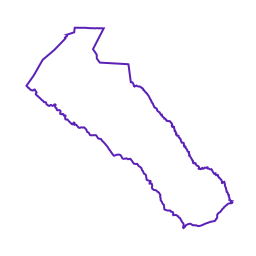 outline of Yatta, Eastern, Kenya, rotated 355°
{"feature_id": "3690345B64365899844795", "entity_name": "Yatta", "entity_type": "district", "adm_level": 2, "iso_a3": "KEN", "parent_name": "Kenya", "parent_adm1": "Eastern", "projection": "orthographic", "projection_center": [37.614, -1.242], "detail": "fine", "context": "isolated", "style": "outline", "palette": "violet", "viewbox_px": 256, "rotation_deg": 355, "n_neighbors": 0, "source": "geoboundaries", "source_scale": "gbopen_adm2", "svg_char_len": 5913}
<svg xmlns="http://www.w3.org/2000/svg" viewBox="0 0 256 256"><g transform="rotate(355 128 128)"><path d="M38.7,67.4L30.6,77.0L30.6,77.4L31.6,78.4L31.9,79.1L32.7,79.5L33.8,81.0L34.9,81.9L35.3,81.9L36.5,82.4L38.1,81.5L38.6,81.7L39.1,83.0L39.6,83.8L40.0,84.9L39.3,85.5L39.1,86.0L39.2,86.5L40.0,87.7L40.8,88.2L42.0,89.7L43.3,91.0L44.2,92.2L45.2,93.2L45.9,93.7L46.2,94.4L46.5,94.8L46.8,95.0L48.2,95.1L48.5,95.4L49.0,97.5L49.9,98.0L50.6,98.8L51.4,99.1L51.9,99.1L52.7,98.4L53.2,98.3L53.5,98.4L54.2,99.1L54.9,99.4L55.4,99.3L56.8,98.1L57.6,98.2L57.9,98.5L57.9,98.8L57.3,99.8L57.4,101.0L57.6,101.5L58.6,102.2L58.5,103.2L58.8,103.9L59.5,104.3L61.1,104.1L61.7,104.5L62.2,105.2L62.3,105.7L62.2,106.2L61.6,107.4L61.9,108.1L62.7,108.5L64.2,108.3L64.7,108.5L65.0,108.9L65.0,109.7L65.2,110.1L66.5,110.0L66.8,110.2L66.8,111.0L66.4,111.4L66.2,112.7L66.3,113.6L66.9,114.2L68.0,114.1L68.7,114.6L69.4,115.7L72.4,119.3L72.9,119.5L73.4,119.3L73.9,118.9L73.9,118.4L74.2,118.0L74.8,117.9L75.1,118.3L75.1,118.8L74.8,119.8L74.9,120.2L75.3,120.2L76.1,120.0L76.5,120.1L76.8,120.3L77.8,121.9L79.1,123.5L80.3,123.6L81.4,123.2L83.0,123.7L84.2,123.5L84.6,123.7L86.4,126.2L86.9,128.2L88.5,129.3L89.5,131.6L90.1,132.0L95.0,132.3L95.4,132.4L95.8,132.8L97.3,135.7L97.8,136.0L99.6,136.5L100.4,136.9L100.8,138.0L103.0,140.7L106.1,145.1L107.2,147.5L108.5,149.4L109.4,151.2L111.4,154.3L112.1,154.4L114.0,153.7L116.5,153.7L117.4,153.9L117.8,154.1L118.6,154.9L119.5,157.2L119.7,157.6L120.4,158.2L120.9,158.3L122.3,158.3L123.9,158.1L125.3,159.1L127.6,158.9L128.0,159.2L128.3,160.0L129.1,161.1L130.0,162.8L130.7,163.9L131.8,164.4L134.2,164.6L135.3,166.8L136.7,167.8L137.9,169.2L138.3,171.3L139.3,172.5L139.6,174.1L140.0,174.9L140.9,175.4L141.7,176.5L141.9,177.1L141.8,178.1L142.1,179.5L141.9,180.7L142.2,181.3L143.9,182.2L145.7,182.7L145.9,183.1L144.8,184.5L144.6,184.9L144.6,185.3L144.9,185.4L146.1,185.3L146.6,185.4L146.9,185.8L147.1,187.9L146.7,189.0L146.7,189.9L147.0,190.6L148.2,191.9L149.4,192.1L151.0,192.9L151.7,194.0L152.7,194.6L153.3,195.2L153.8,196.6L154.4,197.3L154.4,198.0L154.0,198.9L154.0,199.4L154.4,200.6L154.2,202.6L155.2,204.4L155.9,206.5L156.9,207.5L157.1,208.0L157.1,212.1L157.4,212.4L160.0,213.6L161.3,213.8L162.6,213.8L162.9,213.9L163.2,214.2L163.3,214.8L163.6,215.2L164.8,215.4L165.2,215.6L165.5,216.1L165.7,217.4L165.3,218.3L165.5,218.8L168.0,218.8L168.8,219.1L169.5,219.9L170.2,220.3L170.8,221.5L171.9,222.2L172.2,222.6L172.5,223.9L173.0,224.5L173.2,225.3L173.9,226.7L174.8,227.8L175.0,229.6L174.2,231.7L174.2,232.1L174.6,232.5L175.9,231.6L177.2,229.9L179.5,229.0L181.4,228.8L181.9,228.8L184.2,230.6L185.5,230.5L186.2,230.9L187.6,230.9L188.9,231.7L189.9,231.9L192.2,231.6L197.8,229.7L199.0,229.5L201.7,228.7L205.4,228.3L206.8,227.9L207.8,226.3L208.3,226.2L209.1,224.7L209.2,222.9L209.4,222.1L209.7,221.6L210.8,220.6L212.9,219.4L215.0,216.9L216.2,216.2L216.6,215.4L221.0,212.3L221.7,212.0L224.4,211.9L225.2,211.7L225.4,211.4L224.3,210.9L224.1,210.5L224.3,210.1L224.9,209.8L223.8,209.5L223.6,208.7L222.7,208.4L223.0,207.5L222.9,207.0L223.0,206.6L222.3,204.5L222.7,204.0L222.7,203.5L221.7,202.5L221.6,202.1L221.7,201.0L220.6,200.1L220.6,199.8L220.9,199.4L220.2,196.8L220.4,196.4L220.3,196.0L220.0,195.4L219.5,193.8L219.7,192.6L219.3,191.0L219.4,190.3L219.2,190.0L217.9,190.3L217.2,191.1L216.8,190.9L216.8,190.1L217.1,189.5L216.4,188.1L216.4,187.6L215.7,187.0L214.6,185.3L214.1,185.3L213.2,183.2L213.5,183.0L213.3,182.5L212.9,182.4L211.6,182.6L211.4,181.8L211.0,181.6L210.9,181.3L211.0,180.8L210.6,180.9L210.1,181.3L209.8,181.1L208.7,179.2L208.4,178.1L207.5,176.3L206.6,176.5L205.6,176.0L204.5,175.1L204.2,175.0L203.6,175.2L203.3,174.8L203.4,174.2L202.6,174.4L201.1,174.2L200.8,174.4L200.5,174.8L199.4,175.1L199.0,174.5L198.7,174.2L198.2,174.4L198.0,175.0L196.8,175.3L196.4,175.3L196.2,174.9L195.9,174.8L194.9,174.8L194.8,174.4L195.4,173.6L195.2,172.9L194.7,172.1L192.9,171.2L192.7,170.3L192.0,169.5L192.1,169.0L191.4,168.8L191.0,168.5L190.5,168.9L190.2,168.9L189.9,168.6L189.6,167.5L189.9,166.4L189.4,165.6L189.0,165.4L188.8,164.5L187.2,161.3L186.4,160.8L186.5,160.4L187.0,159.8L186.4,158.7L186.8,157.3L185.8,156.9L185.4,156.7L185.0,155.0L184.5,153.9L184.1,153.6L183.6,152.9L183.7,151.6L183.4,151.4L182.6,151.5L182.2,151.2L182.1,150.7L182.5,150.0L182.2,149.2L182.2,147.8L181.1,147.3L180.4,147.4L180.1,147.1L180.0,146.1L179.6,145.5L179.6,144.4L179.2,143.2L178.7,143.1L178.4,142.2L177.6,141.3L177.7,140.3L177.0,139.8L176.1,139.8L176.0,139.5L175.3,138.8L175.3,138.1L175.7,137.8L175.1,136.1L174.5,135.5L174.8,135.2L174.6,134.7L174.2,134.4L174.3,133.7L173.9,132.3L174.0,131.0L173.7,130.7L173.0,131.0L172.5,130.9L172.2,130.6L172.8,130.1L172.5,129.8L172.0,129.8L171.8,129.3L172.3,127.9L172.0,127.5L171.9,127.1L171.6,126.6L171.0,126.2L170.6,125.2L170.2,124.8L167.8,124.5L167.4,124.3L167.3,123.9L166.8,123.8L166.6,122.8L165.4,121.6L165.1,121.7L165.1,121.3L164.9,121.0L164.5,120.8L164.0,120.2L163.4,119.8L163.3,119.4L162.6,118.5L163.0,118.2L162.9,117.6L162.2,117.6L161.8,117.4L160.8,115.1L160.3,115.0L160.1,114.6L159.0,113.7L158.5,112.8L158.5,111.9L158.1,111.0L157.7,110.8L157.1,110.2L156.6,110.1L156.1,109.8L155.7,108.4L155.2,107.3L155.1,106.2L154.4,105.4L154.3,104.7L153.7,104.0L153.7,103.5L153.3,102.7L153.2,101.9L152.7,101.4L151.5,98.1L150.8,96.8L150.2,96.2L150.1,95.5L149.8,95.1L149.4,94.9L148.8,94.2L148.6,93.7L147.7,92.9L147.7,92.5L147.3,91.8L146.5,91.3L146.5,90.5L146.3,90.1L145.7,89.8L145.6,89.4L144.6,88.8L144.2,88.2L143.0,87.6L142.6,87.7L140.9,87.2L140.2,86.5L138.9,86.8L138.2,87.3L137.7,86.9L137.4,86.5L137.4,85.1L136.9,83.9L136.5,83.2L135.9,82.7L135.1,82.8L134.8,82.6L134.0,64.6L133.3,64.4L131.2,64.1L105.7,60.4L104.7,58.9L103.0,56.0L103.2,52.2L100.0,46.4L112.5,26.6L108.2,26.1L107.9,26.3L105.9,25.8L104.2,25.9L101.8,25.5L100.3,25.4L96.6,24.9L94.8,24.5L83.7,23.5L82.7,28.0L75.0,29.8L75.4,30.0L75.3,31.0L75.0,31.4L73.0,32.4L73.1,33.0L73.4,33.4L61.4,43.8L48.9,52.7L38.7,67.4Z" fill="none" stroke="#5b21b6" stroke-width="2"/></g></svg>